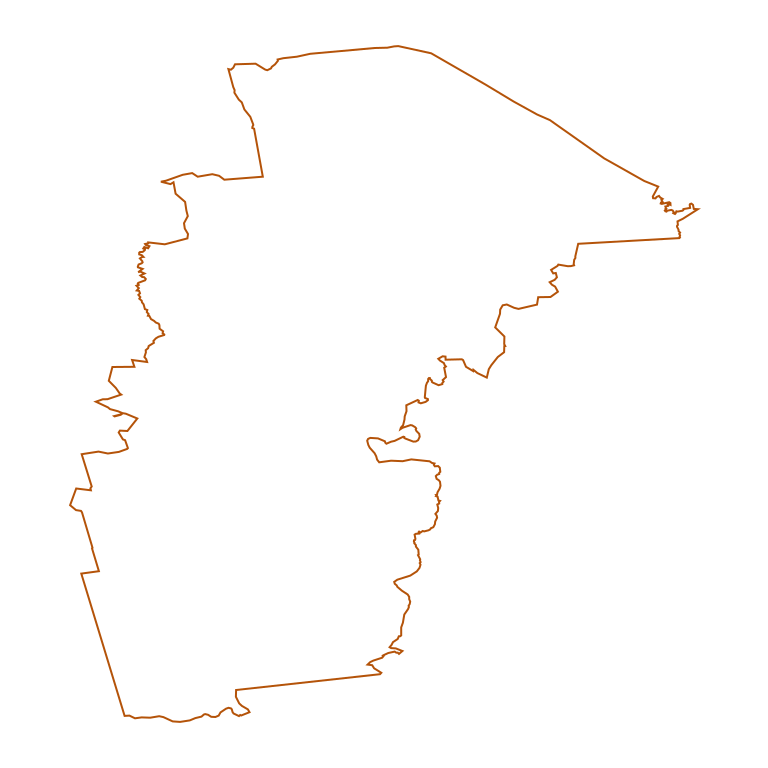 the district of Usmas pag., Ventspils, Latvia
{"feature_id": "27541924B16194119386281", "entity_name": "Usmas pag.", "entity_type": "district", "adm_level": 2, "iso_a3": "LVA", "parent_name": "Latvia", "parent_adm1": "Ventspils", "projection": "equal_earth", "projection_center": [22.177, 57.218], "detail": "fine", "context": "isolated", "style": "outline", "palette": "amber", "viewbox_px": 768, "rotation_deg": 0, "n_neighbors": 0, "source": "geoboundaries", "source_scale": "gbopen_adm2", "svg_char_len": 6087}
<svg xmlns="http://www.w3.org/2000/svg" viewBox="0 0 768 768"><path d="M439.2,474.0L439.2,472.8L440.3,471.8L439.8,467.7L438.2,466.1L434.8,466.3L433.8,464.8L434.5,463.5L431.9,462.9L429.6,461.3L411.3,459.4L402.6,461.2L391.1,460.7L379.2,462.3L377.1,459.6L376.2,456.3L374.6,453.2L369.7,447.7L368.3,444.9L367.2,440.7L368.1,438.9L370.3,437.9L378.0,438.4L384.9,441.3L385.3,442.7L386.4,443.7L391.1,441.7L394.6,440.9L403.3,436.7L404.3,437.0L404.3,438.0L405.5,438.6L413.3,441.6L415.8,441.5L418.1,440.2L419.7,436.7L419.2,433.8L416.5,431.1L415.7,429.5L416.2,428.4L415.2,427.2L412.2,425.4L410.5,425.1L402.5,427.8L400.4,429.2L400.9,427.6L403.1,425.2L404.5,419.5L404.7,416.4L406.5,411.2L406.3,405.3L417.7,400.0L418.8,400.7L418.5,402.4L420.8,403.3L425.6,401.9L427.9,400.2L427.9,399.1L425.0,397.9L424.8,397.2L425.9,385.7L427.0,382.7L428.1,381.3L428.2,378.9L429.0,378.0L429.9,378.1L430.0,379.0L431.8,380.6L431.9,381.9L432.6,382.5L438.6,385.2L442.3,384.1L442.3,383.0L443.6,381.6L442.7,380.1L446.0,377.1L444.2,367.7L445.9,366.5L444.6,365.0L443.9,363.1L440.0,360.6L438.3,358.8L442.6,356.3L445.5,356.6L445.6,359.7L461.8,359.3L463.1,360.1L466.0,366.8L473.2,371.1L473.4,369.8L477.4,373.1L486.8,377.6L488.8,369.2L491.3,365.2L497.8,357.0L504.1,352.2L504.3,346.1L505.2,346.0L504.2,344.1L504.4,336.5L495.2,327.4L500.0,313.8L500.2,309.6L502.7,305.3L506.8,304.5L514.1,307.8L518.5,308.9L537.0,304.6L538.2,297.2L550.5,297.0L557.9,291.7L555.1,286.6L551.9,284.7L549.7,282.2L554.7,279.8L556.9,277.3L555.8,273.0L553.2,273.4L551.1,269.9L557.5,265.9L558.3,264.6L567.8,266.2L570.9,266.1L574.1,265.3L573.7,264.1L574.2,259.8L575.4,257.9L575.3,256.4L578.2,243.8L679.4,238.1L680.0,237.3L679.6,236.7L680.1,235.3L679.2,233.9L680.1,232.6L678.6,231.1L678.5,229.6L677.0,226.7L677.1,225.7L677.9,224.9L677.5,221.4L682.8,218.8L697.9,209.2L693.8,208.9L693.0,204.9L691.4,203.6L690.1,204.0L689.7,204.8L690.1,207.9L683.4,209.1L683.3,210.1L682.5,210.7L677.7,211.6L676.4,211.3L675.7,212.9L674.8,213.3L675.3,213.7L675.0,214.0L673.2,213.1L673.8,212.2L672.7,210.5L671.3,209.9L667.2,210.7L666.5,211.6L665.4,211.3L664.8,210.5L666.3,208.8L665.5,208.2L665.9,207.1L665.5,206.5L668.3,205.8L668.6,205.2L667.8,204.3L668.6,203.8L670.5,204.8L670.4,203.0L669.2,202.2L661.8,203.9L660.7,203.5L661.0,202.5L662.6,201.9L661.4,199.8L662.6,198.9L660.2,197.5L659.0,195.9L656.5,197.0L655.5,198.4L653.1,198.2L652.8,196.5L658.2,186.6L644.3,181.0L604.2,158.4L549.9,120.1L537.1,114.5L513.6,101.5L485.9,84.8L431.2,53.3L398.3,46.1L394.1,46.4L387.3,47.7L374.8,48.0L310.2,53.8L296.9,56.7L283.3,58.2L277.6,59.5L277.9,60.8L275.0,64.4L271.8,66.8L271.0,68.4L267.3,70.2L265.2,69.6L255.6,63.7L235.0,64.3L233.3,67.7L230.9,69.7L228.4,69.1L233.3,87.2L234.6,90.1L234.4,92.7L238.8,99.6L241.8,102.4L244.4,109.5L250.3,116.8L253.1,124.2L253.3,125.0L252.4,126.8L252.3,128.0L254.1,128.7L262.8,176.7L224.3,179.7L219.1,175.8L212.3,174.2L197.7,176.7L192.2,173.1L182.7,174.8L166.0,180.7L160.9,181.7L170.5,184.1L173.5,182.3L175.6,193.7L185.1,201.9L186.4,210.6L187.8,216.1L184.0,223.2L184.8,228.6L188.0,234.0L187.4,238.4L164.8,244.3L148.2,242.4L148.2,243.3L145.1,244.0L145.7,244.9L149.4,246.2L148.1,248.3L144.3,247.0L143.3,248.5L145.0,249.3L144.8,250.2L142.7,251.9L139.8,252.1L139.2,252.7L139.2,254.4L141.8,255.2L143.4,256.9L142.1,257.0L139.9,258.4L142.3,261.2L142.6,262.4L141.7,263.3L138.6,264.5L137.8,266.6L137.9,267.3L142.6,268.9L138.2,272.2L140.3,271.6L144.5,273.5L140.4,275.5L142.2,277.0L144.2,277.2L145.8,279.0L145.1,280.3L138.2,282.9L137.8,283.6L138.7,284.9L136.5,285.7L138.8,288.1L136.8,290.5L139.1,290.9L140.0,293.3L138.4,294.9L140.3,297.1L139.3,298.7L141.7,300.7L142.0,302.4L143.6,304.3L144.9,309.1L147.3,310.0L146.8,312.1L148.6,314.0L147.9,315.7L149.3,315.9L151.0,319.1L154.1,320.9L155.8,322.5L158.7,323.7L159.4,325.1L159.6,328.7L163.1,331.3L162.6,333.2L164.3,334.5L164.2,335.0L158.4,336.8L155.8,338.4L153.4,341.0L153.9,342.8L148.7,346.0L148.1,348.2L145.7,350.2L145.9,352.4L144.4,357.0L146.2,359.2L147.1,362.0L132.1,360.0L134.4,366.8L112.4,367.0L108.8,380.8L115.8,387.9L119.7,393.5L121.2,394.6L107.5,399.2L102.7,399.3L95.9,401.7L108.0,407.4L110.0,409.1L118.1,411.3L122.4,413.1L120.4,414.5L114.2,416.1L114.6,416.4L120.7,414.8L122.9,413.2L125.8,413.7L137.3,418.5L127.4,431.0L119.9,430.6L118.7,432.5L122.9,439.4L125.1,440.2L127.9,448.1L127.2,448.9L118.9,451.9L107.9,453.5L98.5,451.6L81.7,454.2L91.7,486.5L90.4,488.3L90.9,490.3L76.2,488.5L70.1,505.2L76.0,510.1L81.0,510.9L82.0,512.4L92.5,547.8L92.0,548.3L98.9,571.2L81.3,573.6L124.6,715.9L129.4,715.6L135.0,718.3L141.6,717.4L150.2,717.7L159.2,716.2L163.4,717.1L172.7,721.4L180.1,721.9L189.8,720.4L195.3,718.1L201.5,716.6L203.9,714.5L205.2,714.1L208.1,714.8L211.2,716.8L215.4,717.0L218.7,715.6L220.5,712.4L226.0,708.7L228.5,707.8L231.0,708.4L231.8,709.3L232.6,712.2L233.6,713.5L239.0,716.1L240.2,715.0L241.2,715.5L249.5,712.2L247.9,709.4L241.9,705.9L239.2,703.4L235.9,696.8L236.1,690.0L380.0,674.2L381.3,672.8L374.1,668.3L372.2,665.2L367.6,664.6L370.2,662.1L373.3,660.6L382.2,657.7L383.5,656.1L382.8,655.7L383.1,655.4L388.3,653.0L394.7,651.6L396.3,652.7L397.8,652.7L399.0,653.9L402.4,651.0L395.8,648.4L391.1,648.1L389.6,647.2L391.5,645.0L393.0,642.1L397.7,639.0L398.8,636.3L400.3,636.2L401.2,635.4L401.2,627.4L402.9,622.7L404.3,614.5L408.1,609.0L408.9,607.0L408.6,605.8L409.7,604.1L410.2,601.6L409.2,599.2L409.2,596.9L407.7,594.5L401.9,590.7L397.4,586.9L396.7,585.4L394.8,583.8L394.2,581.9L397.3,579.7L410.3,575.6L416.8,571.4L419.5,567.9L420.5,564.7L419.7,563.1L420.6,562.1L419.9,560.2L420.2,559.3L418.0,555.1L418.7,554.5L418.3,549.7L415.9,546.6L415.9,545.1L414.3,543.3L414.5,542.6L413.9,541.7L414.0,540.3L415.1,539.9L415.4,538.8L414.6,534.6L415.9,533.8L419.0,533.6L418.6,532.2L419.1,531.6L420.4,532.6L422.7,531.0L424.2,531.4L428.5,530.3L430.2,529.4L430.8,528.3L433.3,527.2L434.9,524.2L435.2,521.5L437.1,517.7L436.7,515.6L435.4,513.9L437.9,511.0L438.2,508.0L437.3,504.5L439.2,503.5L439.0,502.0L440.0,500.9L438.4,500.4L437.6,496.7L436.0,496.1L436.6,495.3L436.2,494.9L437.0,494.7L437.5,492.3L439.6,488.7L440.5,485.8L440.0,481.8L438.9,480.3L436.6,478.8L435.8,476.1L437.2,474.7L439.2,474.0Z" fill="none" stroke="#b45309" stroke-width="2"/></svg>